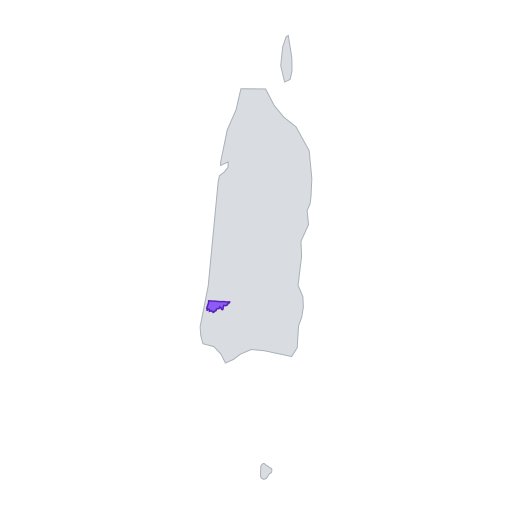 location of Quebradillas, Puerto Rico, rotated 274°
{"feature_id": "32010507B1223039681342", "entity_name": "Quebradillas", "entity_type": "district", "adm_level": 2, "iso_a3": "PRI", "parent_name": "Puerto Rico", "parent_adm1": "", "projection": "albers", "projection_center": [-66.935, 18.429], "detail": "fine", "context": "in_parent", "style": "filled", "palette": "violet", "viewbox_px": 512, "rotation_deg": 274, "n_neighbors": 0, "source": "geoboundaries", "source_scale": "gbopen_adm2", "svg_char_len": 2232}
<svg xmlns="http://www.w3.org/2000/svg" viewBox="0 0 512 512"><g transform="rotate(274 256 256)"><path d="M337.6,218.5L342.8,222.0L347.9,221.5L343.8,214.3L347.5,214.2L379.7,218.5L400.5,225.9L421.8,229.3L423.3,253.9L407.0,263.9L396.3,274.2L387.6,286.9L364.7,301.7L337.0,306.3L318.6,306.7L311.7,306.3L304.9,303.8L291.0,306.2L273.8,299.8L259.0,301.5L229.7,300.0L218.7,305.6L208.2,306.8L197.9,305.8L189.2,303.3L167.4,303.5L158.2,298.6L162.1,270.6L162.4,257.9L157.1,247.4L151.3,240.8L147.1,233.0L155.6,227.9L162.6,220.4L164.8,209.2L172.5,206.5L181.4,205.2L222.8,210.4L327.7,213.1L333.6,214.0L337.6,218.5ZM456.3,277.9L443.1,279.0L434.5,277.7L431.6,272.4L447.6,267.4L466.2,268.0L476.9,270.8L478.3,272.8L456.3,277.9ZM44.6,286.6L43.0,286.8L41.4,286.6L40.7,286.1L39.6,284.5L34.8,281.8L33.7,279.3L34.8,276.8L36.8,275.8L46.5,275.5L47.5,275.8L49.5,277.6L49.5,278.8L48.5,280.0L46.8,283.1L46.1,283.9L45.5,284.7L45.3,286.1L44.6,286.6Z" fill="#d9dde1" stroke="#a8b0b8" stroke-width="1"/><path d="M208.4,232.8L208.4,232.7L208.1,229.9L208.1,229.4L208.3,227.3L208.2,225.9L208.1,225.6L208.0,223.6L208.0,220.6L208.1,218.7L208.1,217.9L208.0,216.3L208.0,214.8L208.0,214.1L208.0,211.9L207.4,212.0L205.7,211.8L204.2,211.5L204.2,211.4L203.2,211.2L201.2,210.6L200.2,210.6L199.5,210.9L199.1,211.0L198.6,210.9L198.5,211.4L198.8,211.8L199.1,212.1L199.7,212.0L199.3,212.7L199.4,213.1L198.9,213.2L198.2,213.8L198.0,214.0L197.7,213.8L197.8,214.2L198.1,214.3L198.0,214.9L198.3,215.2L197.6,216.1L197.5,216.5L197.5,217.0L197.0,216.9L196.7,217.2L197.0,217.9L197.5,217.9L197.7,218.3L197.9,218.5L198.2,218.5L198.3,218.7L198.3,219.2L198.4,219.6L198.8,219.7L199.1,220.0L199.5,220.2L199.9,220.1L200.2,220.1L200.6,221.2L200.8,221.4L201.0,222.2L200.9,222.6L201.2,222.9L201.5,223.2L201.7,223.4L202.4,223.5L202.6,223.5L202.3,224.1L202.1,224.2L201.6,224.9L201.4,225.0L200.9,225.0L200.5,225.3L200.5,225.5L200.2,225.8L200.1,226.3L200.3,226.5L201.1,226.9L201.4,226.9L202.3,226.7L202.9,227.0L203.7,227.1L203.9,227.2L204.1,227.1L204.4,227.1L204.5,227.4L204.5,228.0L204.3,228.9L204.4,229.5L204.6,229.7L204.8,230.4L205.4,230.8L205.9,231.2L206.2,231.1L206.8,231.6L207.3,232.6L207.6,232.8L207.9,232.9L208.1,232.7L208.4,232.8Z" fill="#8b5cf6" stroke="#5b21b6" stroke-width="1.5"/></g></svg>